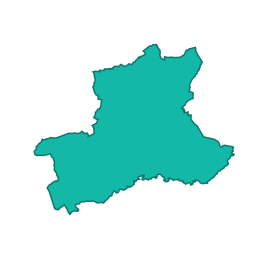 outline of Marcos Castellanos, Michoacán, Mexico, rotated 255°
{"feature_id": "50627088B85348734298248", "entity_name": "Marcos Castellanos", "entity_type": "district", "adm_level": 2, "iso_a3": "MEX", "parent_name": "Mexico", "parent_adm1": "Michoacán", "projection": "equal_earth", "projection_center": [-102.992, 20.05], "detail": "fine", "context": "isolated", "style": "filled", "palette": "teal", "viewbox_px": 256, "rotation_deg": 255, "n_neighbors": 0, "source": "geoboundaries", "source_scale": "gbopen_adm2", "svg_char_len": 5748}
<svg xmlns="http://www.w3.org/2000/svg" viewBox="0 0 256 256"><g transform="rotate(255 128 128)"><path d="M55.1,185.2L54.7,187.0L54.8,189.2L54.1,189.9L54.1,190.5L55.3,190.7L55.8,191.5L56.1,193.0L57.0,194.3L57.3,195.2L57.5,196.3L58.9,199.0L59.8,199.7L60.9,202.5L61.6,202.6L62.7,203.9L63.0,205.0L62.7,205.6L62.9,206.2L64.0,207.0L63.8,208.3L64.6,210.5L65.3,210.5L66.2,214.1L67.4,215.7L68.4,215.7L69.2,215.1L71.6,216.2L72.6,218.9L74.3,219.7L74.2,222.0L74.4,223.0L74.9,223.6L75.6,223.2L76.2,221.6L77.1,222.1L77.8,221.8L78.5,223.6L79.7,223.4L80.7,224.1L81.7,224.2L82.1,224.8L82.7,224.4L86.4,216.6L86.3,215.3L85.2,213.3L86.3,212.3L87.2,212.3L88.0,211.9L89.4,212.1L89.9,211.7L91.4,211.6L95.0,208.0L99.8,198.7L112.4,195.2L114.3,193.5L119.9,191.0L124.0,192.3L124.2,191.2L124.5,191.2L124.7,190.4L124.4,190.4L124.6,189.3L127.9,190.1L127.7,188.3L128.0,188.2L127.9,186.4L129.3,186.9L129.3,186.2L130.7,186.1L130.7,187.2L132.4,186.6L132.6,185.4L133.6,185.2L134.7,187.6L135.8,189.3L137.9,191.0L139.0,193.8L139.8,196.9L139.6,198.4L142.3,199.0L144.5,199.9L145.3,199.8L145.3,199.5L147.1,197.4L147.6,196.3L149.6,197.7L151.3,198.2L151.3,198.5L153.4,198.4L155.0,199.5L155.7,200.2L156.5,200.7L157.3,201.5L159.4,203.4L160.3,205.8L160.8,206.3L162.0,206.9L162.1,207.5L162.5,208.4L165.0,209.9L165.1,210.0L164.9,210.8L166.0,211.9L166.2,211.5L167.6,213.0L169.3,213.8L170.1,214.7L170.3,214.4L172.2,216.8L173.6,216.1L174.3,216.3L179.7,214.5L185.7,213.2L187.1,214.0L188.4,213.9L188.5,207.3L187.7,206.8L187.9,205.7L187.9,204.3L187.2,203.4L186.3,203.2L184.4,201.3L183.9,200.5L182.8,196.4L183.8,191.7L185.3,187.7L185.7,184.8L187.3,181.8L184.2,180.8L185.0,179.8L187.0,178.0L187.8,177.8L189.1,177.6L191.0,177.7L192.3,178.6L194.7,178.9L195.9,178.7L195.9,178.4L196.7,177.7L197.8,177.8L198.5,177.2L199.2,177.4L200.9,177.2L201.3,176.9L201.9,173.7L201.2,172.5L201.6,170.1L198.4,162.6L195.7,164.2L194.8,163.4L194.0,161.4L193.5,156.7L192.9,157.3L191.4,153.1L189.9,151.7L190.2,151.3L190.0,150.3L189.2,149.1L188.1,148.2L189.3,146.3L189.7,145.2L189.0,144.3L188.8,143.1L188.0,140.9L191.3,137.5L189.8,135.0L191.0,131.1L189.9,128.4L189.0,128.4L189.9,126.1L189.4,126.2L190.2,124.0L190.4,123.9L190.5,122.9L190.3,122.9L191.1,120.5L189.8,120.2L190.4,117.2L191.2,115.6L189.6,115.0L190.4,114.2L190.4,112.9L191.2,111.6L191.3,108.7L189.8,109.3L183.4,108.8L182.3,108.5L181.0,107.8L180.4,106.9L177.8,106.1L177.3,105.0L176.6,104.6L175.2,104.9L171.3,104.9L169.0,105.5L168.1,105.8L167.5,107.4L163.4,106.7L162.9,108.4L163.0,108.7L162.3,109.6L161.9,109.5L161.9,109.8L154.9,106.8L154.1,105.3L153.5,105.1L154.0,103.9L152.6,102.4L151.4,100.5L149.7,100.2L147.9,98.6L147.4,98.4L146.9,97.6L144.8,99.7L143.8,101.2L143.2,100.4L142.2,100.0L140.7,98.5L139.7,94.1L137.0,94.9L131.2,93.9L130.2,87.3L131.2,87.9L133.7,87.3L134.0,83.9L134.7,84.1L136.1,83.1L136.8,82.2L136.3,81.8L135.7,81.0L135.5,79.3L136.1,76.8L137.0,75.3L137.3,72.3L138.2,69.4L136.9,56.0L138.1,52.2L138.7,51.0L138.8,50.4L138.3,48.6L138.6,46.3L138.2,45.2L138.6,43.4L138.3,42.7L139.2,42.3L138.9,41.9L136.7,40.6L136.4,38.9L135.5,37.4L134.2,36.1L134.1,35.2L133.6,34.4L132.6,34.4L131.3,33.9L129.5,31.3L127.0,31.2L125.9,31.6L125.4,32.3L124.8,34.0L124.4,36.3L123.6,38.1L123.2,42.4L123.1,46.2L122.3,46.6L120.2,46.7L118.3,48.0L113.8,48.1L111.3,47.0L109.0,46.8L106.4,45.9L105.5,46.4L104.5,46.5L103.7,47.2L101.8,47.2L101.0,47.0L100.5,47.3L99.5,47.3L98.1,47.8L97.1,47.4L96.2,47.4L95.3,46.6L94.9,45.7L95.4,45.4L95.6,44.4L95.5,43.3L94.4,40.1L93.8,39.2L93.5,38.4L93.6,37.7L91.1,34.4L86.9,35.5L69.2,36.3L69.3,36.9L68.4,37.1L67.0,39.4L68.4,41.8L70.1,46.6L66.0,48.0L61.1,48.8L59.9,49.4L59.7,50.0L60.0,50.3L60.8,50.6L61.6,52.7L61.9,55.0L61.0,56.5L60.6,58.0L61.2,58.9L62.2,59.2L64.5,57.4L65.9,57.1L66.9,57.3L67.4,57.6L67.5,58.2L67.6,59.9L67.4,60.9L67.6,61.7L68.9,63.0L68.2,65.8L68.1,68.8L67.0,72.4L66.7,74.5L66.3,75.7L65.9,76.6L63.9,78.5L63.2,80.8L63.3,82.2L62.7,83.6L62.7,84.6L61.9,84.7L61.9,85.0L62.3,85.8L62.9,86.3L63.1,86.9L63.7,87.3L64.1,88.9L65.9,91.6L66.6,92.2L66.9,93.2L66.7,94.4L66.8,94.9L69.0,95.9L69.8,97.4L70.6,97.9L70.6,98.8L69.7,99.6L69.0,99.6L68.4,99.9L68.2,101.0L68.4,102.0L69.1,102.7L70.4,103.3L70.8,104.1L70.4,105.7L69.3,107.4L69.2,108.4L69.9,110.8L70.4,111.5L71.9,112.6L71.8,113.1L70.7,113.3L70.5,113.6L70.5,115.3L71.3,117.3L71.7,118.6L72.1,119.4L73.4,120.0L74.2,119.6L75.1,119.7L75.4,120.0L75.4,120.4L74.4,121.2L74.3,121.9L74.9,122.0L75.6,122.9L75.7,124.6L75.6,125.8L77.3,124.6L77.8,124.8L78.0,125.5L78.3,127.7L77.9,128.9L78.4,129.1L78.5,129.4L78.4,130.7L78.5,131.2L78.1,131.3L77.6,131.2L77.0,130.6L76.2,129.1L75.0,128.4L74.3,128.4L73.9,129.0L73.9,129.9L74.6,130.6L74.5,132.1L73.8,132.7L73.3,133.7L72.6,134.1L73.1,134.5L73.1,135.3L72.9,137.4L73.6,138.1L74.0,139.6L73.8,140.1L73.8,140.5L73.4,141.1L73.7,141.5L73.6,141.8L72.9,142.0L72.4,141.8L72.4,142.5L72.6,143.0L73.3,143.2L74.1,143.9L74.4,143.9L74.8,144.3L75.3,144.5L75.3,145.0L75.6,146.1L75.3,146.6L74.6,147.3L74.5,147.8L72.7,148.4L71.8,149.0L71.0,150.1L70.0,149.8L68.7,150.3L68.4,149.1L68.2,149.0L67.8,149.4L67.5,150.3L66.6,150.2L66.1,152.1L66.0,152.8L67.7,154.7L67.8,154.6L67.4,153.9L67.5,153.7L68.9,153.7L69.1,154.1L68.8,154.4L69.1,155.2L68.2,155.7L67.9,156.2L67.7,157.1L67.3,157.2L67.2,157.6L66.7,157.6L65.6,158.3L65.7,158.8L66.2,159.2L65.8,159.7L65.9,161.3L65.4,162.0L65.5,162.6L65.0,162.8L64.9,163.1L65.3,163.5L64.3,163.9L63.8,163.9L63.4,165.0L63.3,165.7L62.9,165.9L62.7,166.6L62.3,166.8L62.4,167.4L61.3,167.0L58.8,169.5L59.0,170.4L59.6,171.3L59.3,172.9L58.2,174.3L57.7,174.1L57.1,173.6L56.7,173.8L57.0,175.9L57.3,176.3L59.3,176.8L60.0,176.7L60.0,177.2L59.5,177.5L59.5,177.9L58.9,178.1L58.5,178.7L59.0,179.1L59.5,179.1L60.0,178.8L60.2,179.1L60.2,179.4L59.5,180.3L59.5,180.8L59.9,181.2L59.7,181.5L58.3,182.7L57.9,183.4L56.4,183.5L55.1,185.2Z" fill="#14b8a6" stroke="#0f766e" stroke-width="1.5"/></g></svg>